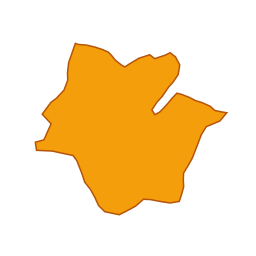 the district of Kalopsida, Cyprus, rotated 294°
{"feature_id": "46923920B75029215318719", "entity_name": "Kalopsida", "entity_type": "district", "adm_level": 2, "iso_a3": "CYP", "parent_name": "Cyprus", "parent_adm1": "", "projection": "mercator", "projection_center": [33.806, 35.103], "detail": "fine", "context": "isolated", "style": "filled", "palette": "amber", "viewbox_px": 256, "rotation_deg": 294, "n_neighbors": 0, "source": "geoboundaries", "source_scale": "gbopen_adm2", "svg_char_len": 1057}
<svg xmlns="http://www.w3.org/2000/svg" viewBox="0 0 256 256"><g transform="rotate(294 128 128)"><path d="M105.7,44.0L100.6,56.0L91.8,56.0L83.0,56.0L77.3,49.1L70.4,53.5L76.1,68.1L78.6,80.1L80.5,88.9L77.3,94.6L67.3,104.7L61.0,110.4L56.6,118.7L50.9,126.2L45.2,132.6L42.1,140.8L45.2,155.3L51.5,160.4L59.7,166.7L69.2,171.1L71.7,177.5L74.2,188.2L76.7,197.1L81.8,204.7L88.7,204.0L96.9,202.8L103.2,199.6L109.5,197.1L118.9,198.3L126.5,199.0L141.6,198.3L151.6,197.7L161.1,199.0L171.8,209.1L182.1,212.0L180.9,207.5L179.3,200.2L181.3,194.2L181.3,185.3L180.5,178.4L180.9,171.5L180.5,163.4L179.7,158.5L172.8,156.1L164.4,153.7L155.5,150.5L151.1,147.2L154.3,142.4L163.5,144.0L170.8,146.4L181.7,148.4L188.1,150.5L197.4,152.1L206.7,149.6L212.3,142.4L213.9,135.9L209.5,132.2L202.2,124.1L203.8,118.1L196.2,109.6L186.9,103.1L182.5,100.3L182.9,96.2L184.9,88.5L187.3,84.1L189.3,79.2L189.3,73.1L188.5,65.0L186.9,56.5L184.1,48.5L183.9,45.5L163.6,47.2L153.5,50.4L147.2,53.5L136.5,54.1L125.8,50.4L120.2,47.2L105.7,44.0Z" fill="#f59e0b" stroke="#b45309" stroke-width="1.5"/></g></svg>